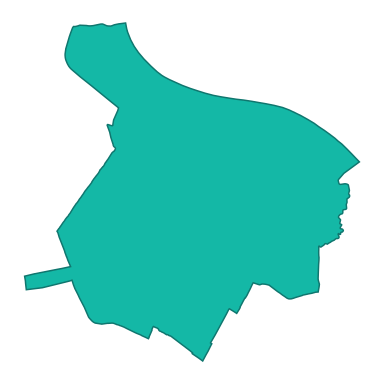 the district of Rat Burana, Bangkok Metropolis, Thailand
{"feature_id": "78962969B18943250736788", "entity_name": "Rat Burana", "entity_type": "district", "adm_level": 2, "iso_a3": "THA", "parent_name": "Thailand", "parent_adm1": "Bangkok Metropolis", "projection": "robinson", "projection_center": [100.505, 13.674], "detail": "fine", "context": "isolated", "style": "filled", "palette": "teal", "viewbox_px": 384, "rotation_deg": 0, "n_neighbors": 0, "source": "geoboundaries", "source_scale": "gbopen_adm2", "svg_char_len": 5796}
<svg xmlns="http://www.w3.org/2000/svg" viewBox="0 0 384 384"><path d="M125.6,23.0L118.6,23.9L114.3,24.8L111.8,25.8L110.4,26.1L109.9,26.0L108.8,26.0L107.5,25.9L106.6,25.7L103.4,24.3L102.4,24.0L102.0,24.0L100.5,24.1L93.3,25.6L91.6,25.8L90.2,25.9L88.9,25.9L86.3,25.5L79.8,25.2L79.0,25.5L77.9,25.9L77.5,26.0L75.5,26.5L74.7,26.5L74.0,26.6L73.5,26.5L72.6,27.7L70.4,33.6L69.3,36.8L65.8,48.8L65.1,54.0L65.1,55.5L65.3,57.7L65.7,59.6L66.3,61.2L67.4,63.8L68.7,66.1L69.8,67.6L71.3,69.2L80.3,76.9L91.5,85.8L104.7,96.6L110.7,101.5L118.5,107.8L117.8,110.5L113.6,120.0L112.9,124.4L112.8,125.2L112.7,125.5L112.3,125.7L111.3,125.6L107.8,124.5L107.5,124.6L107.3,124.8L107.2,125.1L107.2,125.3L109.7,132.2L110.9,137.6L113.1,144.4L113.3,145.5L113.7,146.4L114.2,146.9L114.9,147.4L115.4,148.1L115.4,148.7L115.3,149.2L114.3,151.0L113.6,151.4L112.0,152.8L108.0,159.2L107.0,160.5L106.8,160.9L106.2,161.6L106.0,162.1L105.5,162.6L105.0,163.4L104.0,165.5L103.7,165.9L103.1,166.6L102.8,166.7L102.6,167.1L102.0,167.7L100.8,169.2L100.1,169.8L99.4,171.4L98.3,173.3L96.1,176.0L94.6,178.0L94.0,178.7L91.9,181.8L91.8,182.4L89.4,185.6L87.8,187.5L86.8,188.9L85.0,191.1L82.9,194.5L82.6,194.8L80.7,197.6L80.3,198.1L79.6,198.9L79.0,199.8L78.6,200.6L78.0,201.4L78.0,201.5L77.0,202.8L76.1,203.8L75.9,204.0L75.5,204.7L75.3,205.0L74.9,205.6L73.7,207.3L70.7,212.2L70.2,213.1L69.7,213.7L68.7,215.0L68.0,216.3L67.1,217.1L65.3,219.4L64.5,220.8L63.1,222.5L61.5,224.9L60.5,226.4L59.8,227.2L59.5,228.0L58.9,228.5L57.0,231.2L57.9,232.8L59.2,237.2L64.3,250.2L64.8,251.7L64.9,252.3L66.5,256.7L66.7,257.1L66.9,257.2L66.9,257.5L67.8,260.1L70.6,266.6L61.8,268.5L57.0,269.4L34.1,273.9L24.6,276.2L25.4,280.9L25.6,283.5L26.3,289.7L42.5,287.7L67.3,281.6L70.0,280.9L72.0,280.2L73.5,285.0L74.9,288.6L78.0,294.7L79.5,298.0L84.4,307.4L86.2,311.6L88.6,317.1L89.5,318.3L91.7,320.7L92.6,321.5L93.4,322.1L94.8,322.9L95.4,323.1L101.8,324.1L107.5,323.3L108.6,323.3L111.7,323.1L112.4,323.1L113.1,323.2L113.9,323.4L115.5,324.0L116.8,324.6L118.4,324.9L119.9,325.6L121.0,325.9L124.2,327.2L126.7,328.5L135.1,332.6L136.6,333.3L138.4,334.0L140.6,334.9L141.9,335.7L145.7,337.4L148.4,338.7L149.1,337.4L149.1,336.9L152.0,330.2L152.0,329.3L152.1,328.8L153.2,326.7L153.4,326.5L153.9,326.6L154.7,327.1L155.6,327.5L156.6,327.8L157.3,328.2L157.7,328.4L158.1,328.7L158.5,329.3L158.9,330.2L159.1,330.5L159.5,330.9L159.9,331.1L160.5,331.3L161.0,331.5L161.4,331.8L161.7,332.0L163.6,332.8L166.2,334.5L166.5,334.7L167.7,334.7L168.0,334.8L169.2,335.7L169.6,335.8L170.2,335.8L170.7,336.1L171.3,336.5L177.1,340.9L190.4,351.0L191.5,352.0L192.4,352.7L192.6,353.0L192.2,353.6L192.4,353.8L198.6,358.0L202.7,361.0L205.9,355.0L208.1,351.1L211.2,344.8L211.8,343.8L210.5,342.9L215.1,335.0L221.0,324.1L226.5,313.9L228.8,309.3L229.1,309.0L229.4,308.8L234.1,311.7L236.7,313.4L238.6,310.3L239.2,309.4L239.8,308.3L240.2,307.3L240.2,306.7L240.3,306.6L241.6,304.2L243.1,301.3L244.5,298.7L245.1,297.9L245.3,298.0L245.9,297.1L247.1,295.1L248.2,292.8L250.2,288.9L251.7,285.6L252.5,284.0L253.2,282.8L255.1,283.4L258.8,284.6L259.6,284.8L260.1,284.7L261.7,284.1L262.4,284.0L263.9,284.1L265.1,284.2L267.5,284.7L269.2,285.2L277.6,291.6L279.8,293.0L282.4,295.0L284.8,296.6L286.9,298.1L287.8,298.5L288.5,298.8L289.5,298.9L290.2,298.9L291.5,298.8L293.6,298.2L295.5,297.5L302.2,295.5L303.2,295.0L304.9,294.7L308.9,293.8L311.7,293.3L315.7,292.2L318.2,292.0L318.4,290.6L319.0,287.4L319.2,286.0L319.4,284.2L318.6,281.4L318.2,279.8L318.2,279.3L318.1,278.6L318.4,270.1L318.5,267.6L318.6,264.7L318.9,260.8L319.0,258.2L319.0,257.2L318.8,256.0L318.7,253.3L318.7,251.3L318.8,248.5L318.7,247.1L318.7,246.7L319.1,246.1L319.3,246.2L319.8,246.6L320.2,246.9L320.7,247.0L321.2,246.9L322.0,246.3L323.8,245.1L325.1,243.7L325.5,243.6L327.1,244.0L327.4,244.1L327.5,244.0L329.3,242.8L330.6,242.2L331.3,241.5L331.7,241.3L333.9,240.3L334.3,240.1L335.6,238.9L335.8,238.8L336.3,238.6L337.8,238.5L338.3,238.3L338.7,238.0L338.9,237.8L339.0,237.5L339.0,236.9L338.9,236.3L338.2,234.5L338.1,234.2L338.2,233.9L338.3,233.8L338.5,233.6L338.8,233.6L339.6,234.3L340.0,234.4L340.3,234.3L340.5,234.2L340.6,233.9L340.7,232.9L340.7,232.7L341.0,232.4L341.3,232.2L342.3,232.0L342.5,231.9L342.7,231.6L343.0,231.3L343.3,230.7L343.3,230.3L343.2,230.1L342.7,229.4L342.5,229.2L342.3,229.1L340.6,228.7L340.4,228.6L340.3,228.3L340.2,228.0L340.3,227.7L340.5,227.0L341.2,225.8L341.6,225.2L341.7,224.8L341.4,224.5L341.2,224.4L339.9,223.7L339.8,223.4L339.8,223.1L340.5,220.2L340.5,219.8L340.4,219.6L339.9,219.0L338.6,217.6L338.5,217.3L338.5,217.0L338.6,216.5L338.9,215.8L339.2,215.5L339.9,214.7L340.5,214.3L340.8,214.2L341.3,214.0L342.0,213.9L342.2,213.7L342.6,213.3L342.8,212.7L342.8,211.0L342.9,210.5L343.1,210.1L343.4,209.8L343.6,209.7L345.5,209.4L345.9,209.2L346.2,209.1L346.5,208.6L346.6,208.4L346.6,207.9L346.3,205.1L346.3,204.5L346.3,204.3L346.8,203.0L347.0,202.4L347.0,201.6L346.9,200.2L347.0,199.2L347.1,198.9L347.4,198.6L348.5,197.8L349.3,197.1L349.4,196.8L349.6,196.4L349.6,195.2L349.1,194.7L348.8,194.2L348.7,193.8L348.7,193.6L348.9,192.6L349.3,191.1L349.4,190.6L349.4,190.2L349.3,189.7L348.4,185.3L348.2,184.8L347.9,184.6L347.2,184.2L346.5,184.0L345.4,183.8L344.6,183.8L340.7,184.4L339.9,184.3L339.6,184.2L339.3,184.0L339.1,183.8L338.8,183.0L338.3,181.0L338.2,180.6L338.2,180.3L338.4,179.8L338.6,179.4L343.9,173.3L359.4,161.9L355.8,158.2L352.1,154.3L347.1,149.2L342.0,144.2L337.7,140.8L335.0,138.3L330.1,134.6L324.9,130.8L318.6,126.6L314.3,123.4L308.3,119.8L301.2,115.8L295.1,112.8L289.2,110.0L282.6,107.5L274.2,105.4L265.6,103.7L258.5,102.5L251.7,101.3L243.8,100.1L236.0,99.2L228.9,98.1L220.9,96.8L213.5,95.4L205.1,93.2L197.2,90.7L190.5,88.5L182.5,85.5L175.8,82.5L169.4,79.6L164.6,77.1L161.8,75.4L157.2,71.9L150.8,66.0L143.9,59.0L138.4,52.5L134.2,46.4L130.7,39.9L127.6,32.1L126.7,28.8L125.6,23.0Z" fill="#14b8a6" stroke="#0f766e" stroke-width="1.5"/></svg>